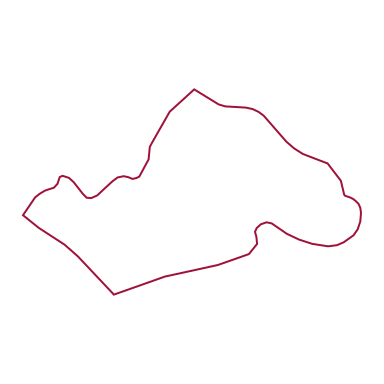 map outline of Can Tho (Mercator projection)
{"feature_id": "VNM-499", "entity_name": "Can Tho", "entity_type": "Province", "adm_level": 1, "iso_a3": "VNM", "parent_name": "Vietnam", "parent_adm1": "", "projection": "mercator", "projection_center": [105.615, 10.245], "detail": "fine", "context": "isolated", "style": "outline", "palette": "rose", "viewbox_px": 384, "rotation_deg": 0, "n_neighbors": 0, "source": "natural_earth", "source_scale": "10m", "svg_char_len": 961}
<svg xmlns="http://www.w3.org/2000/svg" viewBox="0 0 384 384"><path d="M113.9,294.6L77.8,256.3L64.5,244.6L38.8,227.9L23.0,215.2L35.2,197.3L39.8,193.7L45.2,190.5L53.9,187.7L57.5,183.8L59.7,177.1L62.5,175.8L69.0,177.9L73.7,182.2L82.8,193.8L86.6,197.7L91.2,198.1L97.1,195.5L112.1,181.6L117.5,177.5L123.6,176.2L128.1,177.1L132.4,178.9L136.2,178.1L139.3,176.6L148.6,159.4L149.8,146.9L152.1,142.6L169.7,111.7L194.2,89.4L218.6,104.4L225.3,106.4L246.0,107.6L252.7,109.1L258.6,111.9L263.8,115.8L286.2,141.5L294.1,148.4L302.9,154.0L326.9,163.2L327.5,163.3L340.9,180.8L344.0,193.9L344.5,195.2L345.4,195.9L350.0,197.4L353.2,199.0L356.0,201.3L358.6,204.0L360.3,207.9L361.0,212.7L360.3,221.4L357.7,229.3L353.5,235.3L343.7,242.3L336.9,245.2L328.1,246.3L312.4,243.9L299.1,239.6L287.0,233.9L271.7,223.4L266.6,222.3L261.0,224.2L256.8,227.9L255.0,231.8L256.4,236.9L257.1,243.9L248.9,254.1L217.8,265.0L164.8,276.6L113.9,294.6Z" fill="none" stroke="#9f1239" stroke-width="2"/></svg>